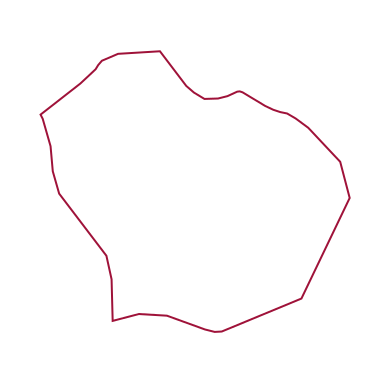 outline of Saint Joseph, rotated 5°
{"feature_id": "DMA-1436", "entity_name": "Saint Joseph", "entity_type": "Parish", "adm_level": 1, "iso_a3": "DMA", "parent_name": "Dominica", "parent_adm1": "", "projection": "robinson", "projection_center": [-61.392, 15.442], "detail": "fine", "context": "isolated", "style": "outline", "palette": "rose", "viewbox_px": 384, "rotation_deg": 5, "n_neighbors": 0, "source": "natural_earth", "source_scale": "10m", "svg_char_len": 584}
<svg xmlns="http://www.w3.org/2000/svg" viewBox="0 0 384 384"><g transform="rotate(5 192 192)"><path d="M124.2,327.3L119.5,286.0L112.3,263.0L59.8,205.2L51.5,183.5L47.1,158.7L36.9,132.1L34.4,128.1L71.3,93.7L85.3,78.1L87.5,73.7L90.8,69.1L106.3,60.8L147.8,54.6L177.1,86.9L185.3,92.8L196.3,98.2L209.8,96.6L219.0,93.4L228.3,88.1L230.8,87.6L233.7,88.3L257.4,99.9L265.8,103.0L273.0,104.7L279.9,105.5L288.8,109.7L302.2,117.9L337.0,149.0L349.6,184.2L310.3,288.6L233.8,328.4L226.8,329.4L216.8,327.8L177.8,317.4L149.7,318.2L124.2,327.3Z" fill="none" stroke="#9f1239" stroke-width="2"/></g></svg>